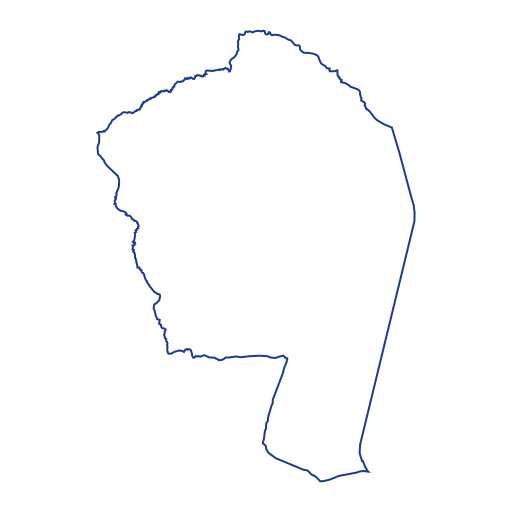 Chifunabuli, Luapula, Zambia (Albers equal-area conic projection)
{"feature_id": "96606910B92394332931396", "entity_name": "Chifunabuli", "entity_type": "district", "adm_level": 2, "iso_a3": "ZMB", "parent_name": "Zambia", "parent_adm1": "Luapula", "projection": "albers", "projection_center": [29.518, -11.09], "detail": "fine", "context": "isolated", "style": "outline", "palette": "blue", "viewbox_px": 512, "rotation_deg": 0, "n_neighbors": 0, "source": "geoboundaries", "source_scale": "gbopen_adm2", "svg_char_len": 5924}
<svg xmlns="http://www.w3.org/2000/svg" viewBox="0 0 512 512"><path d="M399.4,152.8L391.9,127.6L383.9,124.2L377.1,120.2L374.4,117.7L369.8,111.5L368.1,110.1L367.8,109.6L367.3,109.5L367.2,109.2L366.4,109.1L365.9,108.2L365.6,106.8L364.6,105.4L365.1,103.9L364.5,102.4L361.2,100.6L361.4,98.3L360.7,96.8L360.5,95.4L360.1,94.9L360.0,92.0L359.1,90.4L357.6,89.3L350.7,86.8L348.8,85.2L345.4,83.2L340.9,82.0L341.0,81.2L341.6,80.5L341.6,79.9L340.8,79.8L340.1,78.9L339.6,78.7L339.5,77.5L338.9,77.5L338.6,77.1L338.5,76.2L337.8,75.8L337.5,75.3L337.4,70.4L336.5,70.3L335.0,71.2L329.8,71.3L329.3,69.9L329.7,68.6L326.8,68.2L325.2,66.0L322.6,64.6L320.9,63.1L319.1,59.1L318.5,57.0L317.1,55.3L313.4,53.7L308.7,53.0L303.7,52.7L302.0,51.6L300.1,49.4L299.9,46.5L299.1,45.4L296.5,45.4L294.9,44.9L291.0,40.4L288.3,39.6L284.4,37.3L282.9,37.0L279.3,35.2L274.6,34.7L271.8,35.2L270.9,34.6L270.0,32.5L269.3,32.2L268.8,32.2L268.2,34.0L266.3,34.5L265.2,33.5L264.7,31.2L263.5,30.7L261.3,31.4L258.5,30.8L256.9,31.0L255.3,31.2L252.4,32.4L250.2,31.4L248.8,31.5L247.9,32.0L246.5,31.4L245.5,31.9L244.9,33.0L244.8,33.9L243.4,35.0L241.5,34.9L239.7,34.1L239.3,34.5L238.8,35.8L239.2,38.9L237.9,41.3L238.2,43.1L238.0,47.5L238.5,49.6L238.3,50.5L237.2,51.3L236.9,53.3L236.0,55.1L234.3,57.1L230.9,59.7L229.7,62.1L229.7,63.4L231.2,65.7L230.7,68.8L230.0,71.3L229.1,71.5L227.7,68.7L226.9,68.9L225.7,67.9L224.2,68.6L223.5,69.5L223.0,69.6L222.7,69.1L221.8,69.4L220.8,69.2L219.7,70.1L218.9,69.5L217.3,70.1L216.3,70.1L214.1,70.7L213.3,70.5L212.2,71.2L210.2,70.6L209.2,70.8L207.1,70.5L206.1,70.8L205.5,71.9L205.4,73.1L206.3,73.9L205.0,74.1L204.2,74.6L204.6,75.5L203.6,75.6L203.2,76.5L202.8,76.6L202.2,76.2L201.2,76.3L201.0,75.7L200.2,75.9L199.1,75.3L197.5,75.1L196.6,75.9L195.9,75.8L195.2,76.1L195.0,77.6L194.2,78.9L193.6,78.7L193.1,78.9L190.8,77.3L190.5,77.3L189.6,78.5L188.8,78.1L188.1,78.6L187.5,78.1L187.2,78.7L186.9,78.5L186.7,78.9L185.2,78.4L185.2,78.8L184.1,80.1L183.7,80.2L183.2,81.2L182.6,81.4L181.2,81.4L180.9,81.9L180.3,82.0L177.9,81.6L175.0,84.2L174.4,85.1L174.3,86.6L172.8,87.3L172.3,89.2L171.8,89.4L171.7,90.0L171.0,90.0L171.2,90.6L170.5,92.1L169.4,91.6L168.7,91.9L167.8,90.9L166.7,90.6L166.5,90.2L165.1,91.0L164.8,90.7L164.4,91.0L164.1,90.8L163.1,91.4L161.9,91.0L161.6,91.5L160.6,91.4L160.1,91.9L160.1,92.4L159.0,92.1L158.5,93.0L158.9,93.5L158.5,94.1L157.4,94.1L156.7,95.1L155.7,95.2L155.4,96.3L154.5,96.4L154.6,97.0L150.5,98.1L150.4,99.0L149.5,98.9L148.1,99.6L147.9,100.2L147.2,100.1L146.9,100.7L146.3,100.7L146.0,101.3L145.5,101.6L143.2,102.1L143.1,102.5L143.4,103.4L141.8,104.4L142.2,105.2L141.8,106.2L140.9,106.3L140.6,107.9L139.8,108.7L139.9,109.3L139.6,109.6L137.1,109.9L136.8,110.1L136.9,110.7L135.7,111.2L135.3,111.1L133.4,112.7L132.1,113.2L131.5,112.6L130.0,112.3L129.7,112.5L128.5,112.1L127.5,112.8L124.1,112.2L122.3,112.7L121.3,114.0L118.9,115.5L118.0,115.4L117.4,116.2L116.7,116.4L114.4,119.0L112.3,120.1L110.6,123.4L108.9,125.4L108.1,127.7L106.3,129.9L105.0,130.8L104.7,131.5L104.1,131.5L103.7,131.0L101.8,132.0L98.8,131.9L97.4,132.7L98.9,134.2L99.3,135.7L99.1,142.7L97.7,146.3L97.5,148.1L98.2,154.3L100.3,156.0L102.3,158.7L103.4,159.6L104.1,160.6L104.5,162.4L107.1,165.8L117.9,176.1L118.6,178.0L119.1,180.2L119.0,185.4L118.3,188.5L116.2,193.6L116.6,194.7L116.5,195.3L116.0,196.5L115.0,197.2L115.2,197.8L116.0,197.7L116.0,198.0L115.7,199.3L115.2,199.8L114.8,200.9L114.8,203.3L114.5,203.8L115.7,203.9L115.8,206.2L117.6,208.6L120.3,210.6L124.1,211.6L125.3,212.3L126.4,213.3L125.6,214.4L125.8,214.8L126.9,214.8L127.4,215.7L129.4,215.6L130.2,216.1L131.3,217.3L132.1,219.2L133.9,219.7L134.3,220.8L135.4,220.8L136.4,221.4L137.6,222.8L137.4,223.5L137.9,223.8L138.5,225.1L138.6,226.0L138.0,227.0L138.5,228.0L136.9,228.8L136.9,229.9L135.6,230.3L136.1,232.0L134.7,232.9L135.2,234.3L134.3,240.0L134.0,240.9L132.8,241.9L134.1,243.0L135.1,242.8L135.2,243.7L134.5,244.2L134.4,245.0L134.1,245.4L132.5,245.4L132.9,247.4L132.8,248.7L132.5,249.2L133.8,249.8L133.2,251.4L133.3,251.9L134.3,252.3L135.0,255.1L135.1,258.1L135.7,258.7L136.0,260.4L136.5,261.4L136.4,262.5L137.2,264.9L137.4,267.5L139.4,267.5L139.5,268.9L140.2,269.5L141.0,269.6L141.4,270.1L141.1,270.4L141.5,271.7L142.6,273.0L143.2,273.0L144.0,274.4L144.4,275.3L144.3,276.0L145.8,279.9L147.0,281.3L147.0,282.1L148.2,284.1L149.3,285.2L149.3,285.7L153.1,290.4L154.7,292.3L156.1,292.8L157.6,294.1L158.9,294.1L159.8,294.6L160.1,296.6L159.2,300.2L156.7,302.9L154.2,304.5L153.6,308.4L154.6,310.6L155.9,316.2L156.7,317.5L156.9,318.8L157.5,319.2L159.7,319.9L159.1,323.8L160.9,324.8L161.3,326.9L162.1,328.0L162.6,328.3L164.6,328.6L165.6,329.4L165.6,330.3L164.6,331.8L164.8,333.0L164.0,334.9L164.6,335.8L164.9,338.1L166.1,339.0L166.3,341.2L167.0,341.9L167.5,343.6L167.0,345.1L167.5,346.5L167.2,349.9L167.9,352.9L168.6,353.6L171.1,353.7L174.4,351.8L179.7,350.4L180.4,350.8L181.6,350.7L183.9,351.9L184.3,350.9L184.8,350.6L185.3,349.7L187.0,349.0L187.9,349.7L189.1,349.1L190.5,349.9L190.9,350.4L192.0,353.9L192.1,355.6L193.0,357.4L193.5,357.8L194.2,357.7L195.7,356.1L196.9,356.6L198.3,356.0L199.2,356.5L200.5,356.6L203.2,355.5L204.5,355.3L205.6,355.6L207.0,356.5L207.6,356.5L209.0,357.4L214.8,357.7L215.7,358.5L217.9,359.3L218.6,360.2L221.3,360.0L222.6,359.6L223.7,359.1L224.8,358.0L225.7,357.5L229.0,357.5L235.6,356.5L241.2,357.2L248.6,356.3L259.1,355.7L267.4,356.2L270.4,357.5L275.3,358.0L280.8,356.2L283.3,355.7L285.5,357.8L287.3,358.4L286.5,362.5L284.1,368.0L283.0,372.8L272.8,399.7L272.7,403.2L271.5,405.7L268.2,416.8L267.8,420.8L266.2,423.6L266.0,428.5L264.9,431.0L264.0,438.6L262.8,443.2L265.7,445.8L266.3,449.2L268.4,452.8L275.8,458.2L303.6,469.8L306.7,470.3L308.1,470.9L311.2,474.3L315.7,476.6L320.1,481.2L320.5,481.3L322.8,481.2L327.9,480.1L330.8,479.2L338.6,476.0L356.4,472.6L359.7,471.5L362.9,471.0L368.2,471.6L367.5,470.9L365.1,466.7L362.9,461.0L362.1,461.1L360.5,456.2L359.6,452.8L360.2,444.2L414.4,221.4L414.6,213.1L413.7,205.1L411.7,198.7L399.4,152.8Z" fill="none" stroke="#1e3a8a" stroke-width="2"/></svg>